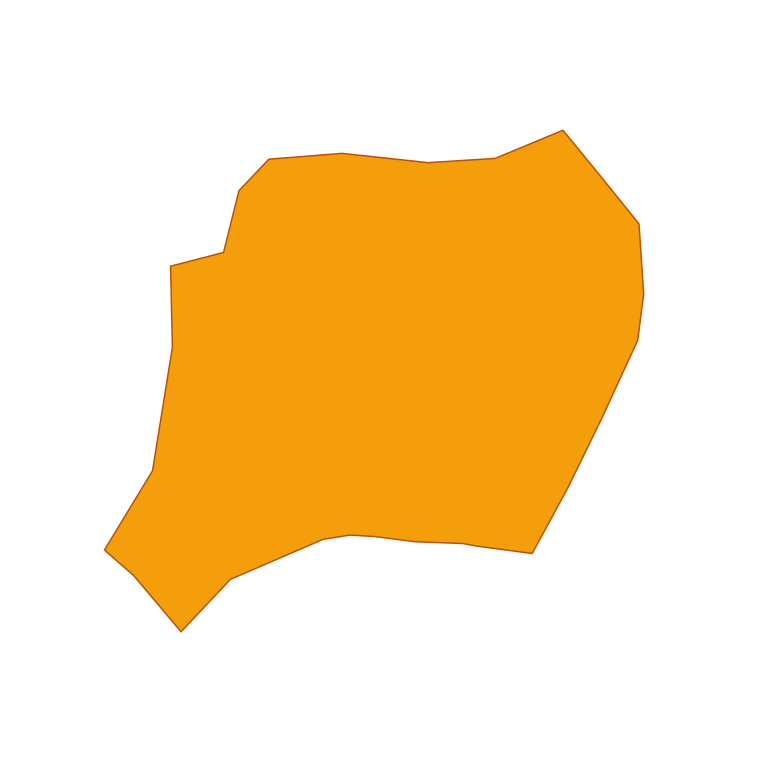 an SVG outline of Ligatnes, rotated 284°
{"feature_id": "LVA-5789", "entity_name": "Ligatnes", "entity_type": "Municipality", "adm_level": 1, "iso_a3": "LVA", "parent_name": "Latvia", "parent_adm1": "", "projection": "albers", "projection_center": [25.054, 57.179], "detail": "fine", "context": "isolated", "style": "filled", "palette": "amber", "viewbox_px": 768, "rotation_deg": 284, "n_neighbors": 0, "source": "natural_earth", "source_scale": "10m", "svg_char_len": 506}
<svg xmlns="http://www.w3.org/2000/svg" viewBox="0 0 768 768"><g transform="rotate(284 384 384)"><path d="M243.8,180.4L368.5,169.8L446.7,148.4L472.8,196.5L536.6,196.5L574.3,217.9L597.6,287.4L609.4,373.1L629.8,437.3L673.5,496.2L641.6,539.1L601.0,592.7L534.2,614.2L487.7,619.6L403.3,603.6L327.7,587.5L255.4,568.8L249.2,513.9L248.3,499.3L238.5,452.3L233.7,411.5L229.1,387.3L218.5,362.4L157.4,282.3L94.5,247.0L137.4,187.7L155.3,152.9L243.8,180.4Z" fill="#f59e0b" stroke="#b45309" stroke-width="1.5"/></g></svg>